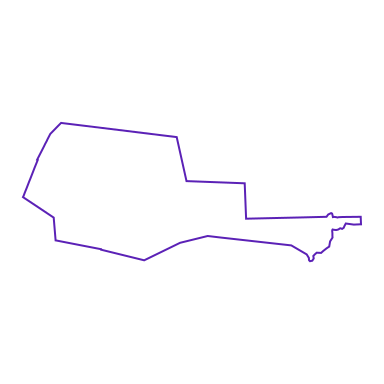 the district of Atbara, River Nile, Sudan
{"feature_id": "16777658B19107068109893", "entity_name": "Atbara", "entity_type": "district", "adm_level": 2, "iso_a3": "SDN", "parent_name": "Sudan", "parent_adm1": "River Nile", "projection": "albers", "projection_center": [33.305, 17.884], "detail": "fine", "context": "isolated", "style": "outline", "palette": "violet", "viewbox_px": 384, "rotation_deg": 0, "n_neighbors": 0, "source": "geoboundaries", "source_scale": "gbopen_adm2", "svg_char_len": 1283}
<svg xmlns="http://www.w3.org/2000/svg" viewBox="0 0 384 384"><path d="M361.0,224.3L360.7,216.8L342.5,217.0L338.6,217.2L337.4,217.5L336.5,217.2L335.8,217.1L334.3,216.9L332.9,217.1L332.6,215.5L332.1,213.6L331.1,213.1L328.2,214.5L326.5,216.8L302.9,217.4L246.1,218.7L244.7,183.3L186.5,181.1L176.7,137.1L86.2,126.0L63.2,123.2L61.1,122.9L58.1,125.9L50.3,133.9L47.2,139.9L47.0,140.5L45.0,144.2L44.6,145.1L43.1,148.1L41.0,152.2L37.3,159.4L37.2,159.6L37.7,159.7L37.8,159.8L36.2,163.8L34.6,167.7L33.1,171.6L30.1,179.3L29.1,181.7L28.3,183.8L26.8,187.7L24.9,192.4L23.7,195.6L23.1,196.9L23.0,197.1L25.5,198.8L53.7,217.6L55.6,240.4L56.3,240.5L65.0,242.2L80.4,245.2L101.1,249.2L101.1,249.7L144.2,260.3L180.1,242.8L207.7,236.0L220.4,237.5L291.3,245.4L306.7,254.4L308.9,258.0L308.9,259.0L309.1,260.3L310.0,261.2L312.3,260.7L312.8,259.9L313.7,258.5L313.6,257.7L313.3,256.0L314.7,254.5L316.7,252.7L321.1,252.9L323.2,251.0L326.5,248.4L328.4,247.1L329.2,246.6L330.1,241.4L332.5,237.6L332.4,235.4L332.4,233.0L332.2,231.3L332.2,230.7L332.3,230.0L332.6,229.5L334.0,229.8L334.8,229.9L336.2,230.0L337.2,229.8L338.0,229.6L339.1,229.0L339.9,228.4L340.7,228.3L341.3,228.6L342.1,228.9L343.7,227.8L344.5,225.9L345.8,223.5L353.8,224.6L360.4,224.3L361.0,224.3Z" fill="none" stroke="#5b21b6" stroke-width="2"/></svg>